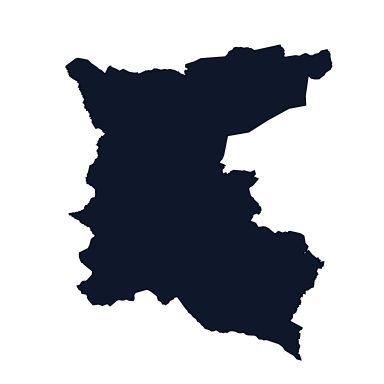 Chai Badan, Lop Buri, Thailand (Robinson projection), rotated 276°
{"feature_id": "78962969B13001003054051", "entity_name": "Chai Badan", "entity_type": "district", "adm_level": 2, "iso_a3": "THA", "parent_name": "Thailand", "parent_adm1": "Lop Buri", "projection": "robinson", "projection_center": [101.171, 15.202], "detail": "fine", "context": "isolated", "style": "filled", "palette": "ink", "viewbox_px": 384, "rotation_deg": 276, "n_neighbors": 0, "source": "geoboundaries", "source_scale": "gbopen_adm2", "svg_char_len": 5865}
<svg xmlns="http://www.w3.org/2000/svg" viewBox="0 0 384 384"><g transform="rotate(276 192 192)"><path d="M304.0,53.9L303.6,54.3L303.0,53.8L301.5,55.3L300.9,55.2L300.4,57.0L298.6,56.2L297.7,58.0L296.6,57.4L294.7,58.4L293.3,60.9L293.8,61.4L292.6,62.0L292.6,62.9L292.0,63.1L291.8,65.2L291.1,65.2L291.3,65.9L290.7,66.7L290.0,67.3L289.4,67.0L289.2,68.0L287.7,69.0L285.9,68.7L285.5,69.5L285.5,68.8L284.5,68.4L283.7,70.1L282.3,69.6L281.3,71.1L280.4,71.2L280.5,72.4L280.0,71.6L278.9,73.0L277.9,72.3L277.4,73.5L275.2,73.9L274.7,74.7L275.1,75.0L273.9,75.0L273.1,76.1L268.9,74.4L269.8,75.4L269.4,76.1L268.2,76.2L267.0,77.5L266.4,76.7L264.6,76.7L264.0,78.5L262.4,78.8L262.7,80.5L260.3,81.5L259.7,82.7L256.6,82.7L257.0,83.5L256.1,83.9L255.8,84.9L254.9,85.0L254.6,84.3L253.8,85.6L251.1,85.5L245.5,89.7L246.4,92.4L245.9,94.0L244.7,96.5L242.9,97.4L240.8,100.9L239.4,100.5L239.9,99.6L237.3,97.4L237.7,96.4L236.1,96.1L235.2,94.5L233.7,94.5L232.5,93.6L231.7,94.0L229.8,93.0L228.9,93.5L228.8,93.0L227.5,95.0L225.7,94.9L223.1,93.5L222.2,93.7L221.6,94.8L220.4,94.6L218.9,95.5L215.7,94.9L214.0,92.7L211.2,92.2L209.0,90.8L207.3,87.9L200.5,87.2L198.4,86.2L196.3,86.9L195.0,85.3L193.3,86.5L193.3,86.0L192.1,85.9L191.8,86.5L189.7,86.9L189.6,88.4L188.0,90.7L188.2,91.6L184.9,95.8L179.5,96.7L176.4,96.4L175.7,95.9L175.6,94.1L174.7,92.8L171.5,91.6L170.6,92.0L169.3,90.3L167.5,89.7L167.3,87.9L165.4,87.0L164.5,87.5L162.4,85.9L161.9,84.4L160.3,82.8L160.6,81.7L159.6,81.7L159.6,79.3L158.4,77.0L158.7,75.9L158.2,75.6L157.6,72.4L156.6,72.7L156.9,73.8L156.2,75.4L155.7,75.3L154.6,78.0L153.8,78.5L152.7,82.7L151.9,83.8L150.9,84.0L149.5,86.3L149.3,88.3L148.4,88.8L148.1,90.5L147.0,91.5L147.4,92.0L146.7,94.3L144.4,95.9L143.7,95.5L142.3,97.4L140.6,97.9L139.4,100.6L136.6,99.9L135.9,98.4L134.0,96.9L128.8,96.3L124.8,94.9L119.6,86.6L115.8,87.0L112.1,88.7L112.1,89.7L110.7,89.7L110.4,91.2L108.9,92.6L103.0,101.7L99.2,101.7L93.1,97.3L91.9,95.6L91.6,93.0L90.2,91.6L87.7,90.7L86.5,87.8L83.3,90.0L82.5,92.3L80.0,93.1L79.6,96.5L80.0,97.8L77.7,99.0L77.6,99.5L76.1,99.2L73.9,100.8L69.7,105.4L71.0,111.1L70.0,114.7L72.2,119.0L72.1,120.0L70.4,122.4L76.5,128.3L77.5,130.0L77.5,134.8L79.0,138.0L78.0,140.5L78.0,144.7L79.5,145.4L83.6,144.7L86.2,145.9L90.6,156.7L90.6,158.7L88.9,162.4L85.1,168.4L81.2,169.9L79.7,173.3L77.8,174.5L77.9,176.4L77.3,177.3L79.6,180.1L81.8,180.9L83.6,184.2L85.6,185.2L86.6,188.5L75.4,198.5L74.2,200.2L72.3,201.2L70.8,204.1L68.4,206.3L66.4,209.9L64.3,211.1L63.1,214.1L61.1,215.5L60.5,216.9L57.9,219.5L57.2,223.7L56.0,226.1L56.7,228.7L57.9,230.5L55.6,234.5L56.0,235.9L55.6,237.7L56.4,239.4L56.2,241.5L58.0,243.9L58.5,245.9L58.3,250.4L57.4,252.2L57.2,254.8L58.1,258.2L56.3,260.8L56.0,262.7L56.4,269.3L55.7,271.3L53.1,274.2L53.2,277.3L52.7,278.6L53.2,282.0L50.4,294.4L48.0,298.5L44.6,301.4L40.3,310.6L37.2,313.9L36.6,317.6L41.2,315.6L41.9,313.6L44.7,314.4L46.0,313.8L46.9,314.5L48.2,314.2L48.4,314.8L50.2,315.1L52.0,313.4L55.2,313.0L56.5,311.6L57.8,313.9L62.2,314.0L62.6,313.0L63.7,312.3L65.9,313.1L67.1,315.2L68.3,315.6L73.9,302.2L77.8,304.9L81.0,304.2L82.2,306.2L83.2,306.2L83.4,307.5L86.1,308.3L86.7,307.6L87.0,308.1L87.7,307.9L89.4,309.6L89.7,309.1L91.2,309.7L92.0,311.3L93.2,310.6L93.5,311.4L95.5,311.2L96.5,309.8L99.8,311.2L99.7,312.2L100.7,311.6L100.9,312.3L101.5,312.0L102.9,312.9L103.0,314.5L103.6,314.1L103.1,314.9L106.3,314.6L106.8,317.3L109.4,320.1L110.4,322.5L117.4,322.5L118.0,323.3L119.7,323.3L119.9,324.2L121.3,323.6L121.8,324.6L123.3,324.8L123.4,325.4L124.6,324.8L124.2,324.1L124.7,323.5L130.1,324.8L129.8,328.3L131.5,328.5L132.1,329.9L136.2,330.2L135.2,326.4L136.4,325.8L137.3,326.4L137.9,324.9L139.4,324.2L138.7,323.0L138.9,322.4L141.9,317.8L145.7,314.1L144.8,312.7L142.2,311.1L142.0,309.5L143.3,308.9L145.6,311.6L149.8,312.9L152.8,309.6L159.6,307.8L160.6,306.4L161.7,303.6L162.9,293.4L162.6,292.5L161.1,292.0L161.7,288.9L160.4,286.4L161.7,282.0L159.3,279.9L159.0,278.3L163.3,271.9L164.6,268.8L164.7,266.5L163.5,262.3L163.7,261.2L167.3,258.5L169.2,252.3L173.7,254.7L174.9,253.6L175.7,255.1L176.6,255.5L177.3,257.3L178.2,257.6L177.2,260.6L179.2,261.8L181.0,261.3L181.3,262.4L184.0,261.5L184.2,260.4L186.2,258.9L187.2,258.8L190.7,254.0L192.1,253.5L193.6,250.5L201.0,247.8L202.5,248.0L205.1,251.5L211.9,256.1L213.8,250.4L216.4,253.0L219.4,251.7L217.3,247.9L218.3,241.6L217.8,240.2L217.7,231.2L216.1,228.6L215.1,229.2L214.1,226.5L213.3,226.6L212.8,224.4L214.4,223.6L212.6,220.6L217.4,219.1L219.5,221.1L220.5,219.7L221.6,221.8L222.4,220.5L223.4,215.8L225.4,216.2L228.3,218.3L232.0,219.4L251.9,221.2L257.8,242.1L271.2,258.9L285.6,279.6L290.4,295.8L299.3,294.4L319.8,295.2L320.6,295.5L317.9,298.7L317.5,302.3L318.0,306.3L322.5,311.1L324.9,312.0L328.6,316.5L331.7,317.7L333.6,316.9L334.9,317.3L336.2,316.3L341.0,314.8L343.5,314.7L345.7,313.2L346.0,312.1L347.4,311.5L345.5,305.9L342.8,303.8L341.7,300.4L340.0,297.7L339.6,295.3L341.3,291.2L341.2,289.9L338.0,284.8L338.2,280.8L335.6,270.9L335.7,269.1L337.7,268.7L339.0,269.3L340.6,268.1L342.4,268.7L344.2,267.3L345.4,265.1L347.1,264.2L338.8,239.1L340.5,236.1L340.4,233.7L341.1,232.7L340.7,230.0L340.1,229.4L340.7,225.2L340.1,223.6L340.3,221.0L339.6,219.0L336.5,217.3L336.4,216.0L334.9,214.2L332.4,213.4L329.7,211.1L325.3,186.9L321.6,181.1L318.0,172.8L315.9,172.7L314.8,175.6L312.0,175.1L312.2,172.8L311.3,172.3L309.2,173.0L308.6,174.1L305.8,173.1L307.1,172.0L308.1,168.0L308.8,167.1L308.5,166.3L309.7,166.0L309.5,165.2L311.1,161.2L310.5,159.8L311.1,159.5L311.3,157.8L311.2,156.3L310.5,155.5L310.8,151.8L309.3,147.8L309.8,147.6L310.4,144.2L310.2,141.5L308.0,139.3L308.2,138.6L307.4,138.5L308.1,136.3L307.3,134.6L307.5,133.7L304.0,128.0L303.4,125.9L304.6,125.3L303.9,122.4L304.3,116.8L306.6,110.7L304.6,108.0L304.4,106.5L305.4,105.2L307.5,98.4L308.5,98.0L308.4,97.2L306.7,95.8L299.8,93.5L303.3,88.8L303.9,86.5L305.7,84.3L309.1,77.9L312.0,74.4L312.8,64.7L312.0,62.6L304.0,53.9Z" fill="#0f172a" stroke="#020617" stroke-width="1.5"/></g></svg>